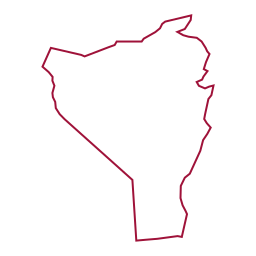 the district of Santana do Seridó, Rio Grande do Norte, Brazil
{"feature_id": "56859067B92813660171839", "entity_name": "Santana do Seridó", "entity_type": "district", "adm_level": 2, "iso_a3": "BRA", "parent_name": "Brazil", "parent_adm1": "Rio Grande do Norte", "projection": "albers", "projection_center": [-36.752, -6.743], "detail": "fine", "context": "isolated", "style": "outline", "palette": "rose", "viewbox_px": 256, "rotation_deg": 0, "n_neighbors": 0, "source": "geoboundaries", "source_scale": "gbopen_adm2", "svg_char_len": 887}
<svg xmlns="http://www.w3.org/2000/svg" viewBox="0 0 256 256"><path d="M187.0,214.1L185.6,211.0L182.6,205.3L180.5,198.1L180.8,185.9L184.8,177.7L189.8,173.7L200.3,150.8L203.1,140.1L207.3,133.9L210.7,127.6L206.8,123.2L204.2,119.0L205.1,114.2L208.4,99.0L211.4,95.2L213.5,85.5L209.2,86.6L205.0,88.4L198.9,85.8L196.7,82.0L202.1,79.6L203.5,76.5L207.5,71.1L203.8,69.1L206.0,62.1L209.5,54.0L207.2,51.3L205.6,47.8L201.6,41.5L196.8,37.8L188.5,36.7L183.2,35.2L177.4,31.9L184.8,29.0L190.7,20.0L191.2,15.4L165.2,21.6L162.2,23.9L160.0,28.3L155.3,32.1L143.7,38.7L141.7,41.5L116.7,41.5L114.7,45.0L108.6,47.2L84.6,56.4L81.2,54.9L50.9,47.9L42.5,66.7L48.7,72.1L52.6,76.9L52.4,80.7L54.4,85.7L52.4,93.0L52.9,97.2L55.2,101.9L55.8,108.1L59.7,114.2L64.6,119.2L113.3,162.8L132.4,179.9L136.3,240.6L146.4,239.7L157.4,238.8L177.6,236.1L181.8,236.9L187.0,214.1Z" fill="none" stroke="#9f1239" stroke-width="2"/></svg>